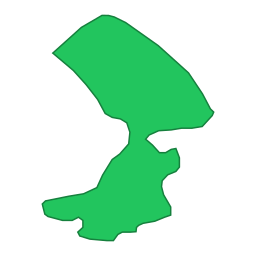 SVG path tracing the border of Jegunovce
{"feature_id": "MKD-2963", "entity_name": "Jegunovce", "entity_type": "Municipality", "adm_level": 1, "iso_a3": "MKD", "parent_name": "North Macedonia", "parent_adm1": "", "projection": "robinson", "projection_center": [21.128, 42.089], "detail": "fine", "context": "isolated", "style": "filled", "palette": "green", "viewbox_px": 256, "rotation_deg": 0, "n_neighbors": 0, "source": "natural_earth", "source_scale": "10m", "svg_char_len": 985}
<svg xmlns="http://www.w3.org/2000/svg" viewBox="0 0 256 256"><path d="M102.0,15.4L108.6,15.5L114.3,17.0L125.8,22.7L158.3,45.7L188.5,72.9L202.5,93.9L210.4,108.9L213.7,112.1L212.2,115.6L202.2,126.5L191.8,128.2L181.5,128.2L171.2,129.9L158.7,130.7L149.1,135.0L145.6,139.2L152.5,145.1L159.4,152.7L165.6,152.7L171.2,149.4L175.9,148.5L179.4,157.8L179.4,167.1L175.9,171.4L167.7,174.8L162.2,180.7L161.5,186.6L163.6,194.8L170.7,207.0L170.7,215.1L164.6,217.2L154.8,221.2L143.1,223.3L138.7,225.3L136.5,227.4L136.0,231.7L130.6,232.1L122.3,232.1L117.9,234.4L113.4,240.6L107.1,240.6L89.9,239.1L79.8,236.0L77.8,232.1L82.9,227.4L82.9,220.4L78.5,217.2L72.2,220.4L62.6,220.4L48.0,216.5L44.8,214.1L44.6,213.2L42.9,206.5L42.3,204.0L45.5,200.9L69.0,196.2L83.6,193.8L96.9,187.6L102.6,175.1L112.2,159.5L119.8,154.0L128.7,143.9L129.9,132.2L126.8,122.8L120.4,118.9L112.2,117.4L105.2,113.5L97.6,99.4L86.1,84.6L73.4,70.5L52.8,53.1L81.4,27.4L102.0,15.4Z" fill="#22c55e" stroke="#15803d" stroke-width="1.5"/></svg>